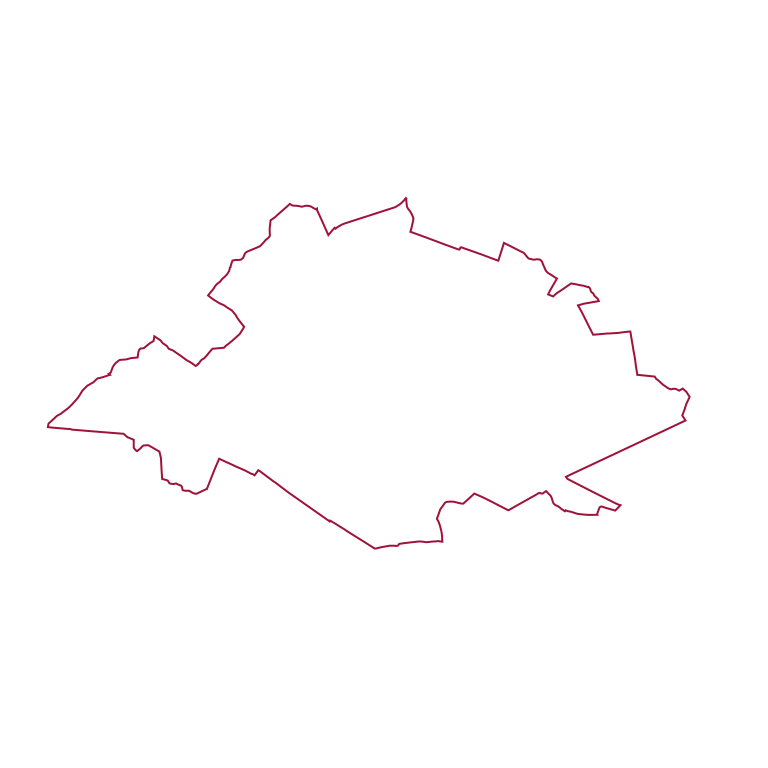 Sannicolau Roman, Bihor, Romania, rotated 24°
{"feature_id": "2599482B50949816567850", "entity_name": "Sannicolau Roman", "entity_type": "district", "adm_level": 2, "iso_a3": "ROU", "parent_name": "Romania", "parent_adm1": "Bihor", "projection": "equal_earth", "projection_center": [21.725, 46.968], "detail": "fine", "context": "isolated", "style": "outline", "palette": "rose", "viewbox_px": 768, "rotation_deg": 24, "n_neighbors": 0, "source": "geoboundaries", "source_scale": "gbopen_adm2", "svg_char_len": 6134}
<svg xmlns="http://www.w3.org/2000/svg" viewBox="0 0 768 768"><g transform="rotate(24 384 384)"><path d="M501.5,504.3L500.5,502.6L499.3,500.1L497.8,497.4L495.7,494.4L494.2,492.5L492.9,490.9L490.2,487.9L487.5,485.9L487.5,485.6L487.1,485.4L487.0,484.6L487.0,482.9L486.4,475.4L487.5,470.5L487.8,468.4L488.1,467.6L488.5,467.0L489.0,466.4L489.7,465.9L490.4,465.5L491.6,464.9L493.2,464.1L494.7,463.5L496.1,463.1L501.6,462.1L503.1,461.8L504.5,461.3L505.1,461.0L508.7,452.9L511.0,447.4L519.8,447.3L529.3,447.7L548.9,448.8L550.4,446.9L555.1,440.5L567.5,423.9L570.0,420.4L570.7,420.1L572.1,420.1L573.1,419.8L573.5,419.4L575.6,415.9L578.3,417.0L581.4,418.3L582.2,418.7L582.6,419.0L583.6,420.0L586.3,423.1L587.6,424.2L588.6,424.6L590.0,424.9L593.4,425.0L597.4,426.1L601.0,426.7L601.2,425.5L602.3,425.5L603.7,425.4L606.5,424.7L609.3,424.4L612.1,424.1L614.0,423.8L616.0,423.2L623.4,420.7L632.1,416.7L631.7,416.3L631.5,415.4L631.2,410.2L631.3,408.8L631.4,408.4L631.9,407.9L632.5,407.5L633.0,407.3L633.4,407.3L635.0,407.2L646.7,405.6L649.3,398.5L648.9,398.5L648.3,398.7L646.8,398.8L643.1,398.8L615.5,397.5L590.3,396.1L588.0,394.8L592.3,389.7L638.8,335.9L674.3,294.7L669.3,291.4L669.0,285.6L668.3,279.3L668.5,271.5L663.6,268.3L663.3,268.1L658.7,266.7L656.4,270.0L652.7,269.8L651.5,270.1L649.8,271.0L648.6,272.0L646.0,272.4L639.3,271.2L638.5,270.9L632.3,268.9L630.5,268.6L629.0,267.6L628.3,267.1L611.6,272.6L611.3,271.9L606.6,264.8L602.7,258.3L598.8,252.7L587.7,235.9L586.7,236.3L584.7,237.5L580.7,239.9L579.3,240.8L576.9,242.2L568.9,246.4L567.7,246.9L557.3,252.7L555.0,253.9L548.3,248.5L537.8,239.8L534.9,237.5L531.5,234.9L529.8,233.8L529.2,233.3L530.9,231.9L533.7,229.5L535.8,228.1L546.5,220.9L545.8,220.2L544.9,219.4L544.2,219.1L542.0,218.4L540.8,218.0L540.2,217.7L538.8,216.5L538.0,216.1L537.4,215.9L536.4,215.8L535.6,215.4L534.9,214.7L534.4,214.1L533.5,213.1L532.6,212.5L531.4,212.1L530.8,212.6L527.6,212.9L526.2,213.1L524.0,213.7L516.8,215.3L514.0,216.1L509.5,223.5L506.9,227.7L504.8,230.8L503.5,233.7L503.0,235.2L497.5,235.4L497.6,231.5L499.1,217.3L497.9,217.3L493.2,216.4L489.8,216.0L488.3,215.7L487.1,215.3L486.0,214.8L485.0,214.0L481.7,211.0L479.4,208.8L478.6,208.0L477.7,207.5L476.9,207.2L476.2,206.9L475.7,207.0L475.1,207.1L473.6,207.6L472.9,207.9L471.9,208.5L471.3,208.9L470.5,209.4L469.6,209.7L466.6,210.3L465.3,210.5L464.4,210.3L463.5,209.9L461.9,209.1L458.6,207.4L436.2,206.3L438.3,224.9L430.9,225.4L421.6,225.9L406.4,227.1L399.2,227.7L398.8,227.8L398.5,228.0L398.3,228.3L398.3,228.9L398.3,229.8L398.3,230.3L398.1,230.6L396.3,230.9L378.4,232.1L374.8,232.3L368.3,232.7L363.1,233.0L346.2,234.2L345.6,229.9L345.1,227.5L344.3,223.6L343.8,221.5L343.4,220.6L343.2,220.6L342.2,219.3L339.3,216.8L337.2,215.4L334.5,214.0L333.3,213.0L332.7,212.4L331.0,209.5L329.5,206.9L329.0,205.4L328.4,205.2L327.4,208.7L325.9,212.4L324.4,214.9L322.3,217.9L282.5,253.6L280.5,255.7L277.8,259.5L276.6,261.8L275.4,261.3L274.3,264.6L272.6,270.6L260.0,259.3L252.4,252.6L251.5,251.1L251.1,252.1L248.4,252.0L245.4,251.6L244.1,251.6L242.8,252.0L241.8,252.3L240.7,252.6L239.6,253.3L237.6,254.9L236.8,255.5L233.0,256.3L227.7,258.2L224.7,257.8L222.8,262.3L219.0,270.4L216.5,276.1L213.8,280.6L216.4,288.7L219.5,295.1L219.0,297.4L217.2,300.8L216.6,303.2L215.0,307.8L214.4,308.9L209.1,314.6L205.5,318.3L204.2,320.3L204.0,321.2L203.9,321.8L204.0,325.5L203.7,326.7L203.3,327.5L202.6,328.7L202.0,329.1L200.3,330.0L197.8,331.1L196.3,332.2L195.4,332.9L195.6,336.0L195.7,336.7L195.9,338.3L196.3,339.8L195.9,340.4L196.6,343.8L196.0,347.6L195.0,350.5L193.4,354.0L192.6,357.3L190.9,360.3L190.5,361.2L189.9,363.5L189.5,366.4L189.1,368.1L188.0,371.6L187.3,374.7L193.2,376.1L195.2,376.4L197.4,376.7L200.2,377.1L202.4,377.2L205.3,377.1L210.2,378.0L215.2,378.7L220.6,381.4L222.6,382.9L223.5,383.5L226.2,385.1L230.2,387.2L231.8,388.1L232.9,388.5L232.8,390.8L231.9,396.9L230.4,400.3L227.9,405.9L225.2,411.3L224.2,412.9L223.0,416.0L212.9,421.6L211.6,425.9L210.4,430.4L209.7,432.6L209.0,434.1L207.9,435.6L207.3,436.7L206.3,440.9L206.1,441.6L205.7,441.6L205.4,443.1L204.9,443.8L204.4,444.1L203.9,444.0L200.5,443.2L194.1,442.5L189.0,441.4L177.6,439.2L173.0,439.4L170.2,437.6L165.3,436.7L162.0,435.0L154.8,433.8L156.0,438.5L153.5,442.0L150.0,448.9L148.9,449.7L147.7,450.3L146.9,451.0L146.6,451.8L146.5,452.5L146.5,453.3L146.7,454.8L146.9,455.7L148.1,460.0L142.1,463.4L141.7,463.8L138.5,466.4L132.8,469.5L132.1,470.6L130.4,473.8L129.7,476.2L129.3,478.8L129.7,484.8L129.6,485.2L128.4,486.6L129.9,487.2L128.7,488.1L127.7,489.1L123.9,492.5L122.3,493.8L120.6,495.0L120.1,495.4L119.3,496.9L117.9,500.5L113.6,506.3L111.2,512.7L110.4,518.6L109.8,521.8L108.7,525.2L107.2,529.8L105.9,533.2L104.7,535.6L102.6,539.4L100.8,542.7L100.2,543.5L98.8,545.3L98.0,546.5L95.5,552.5L93.8,556.2L93.7,557.0L94.5,560.1L98.9,558.7L113.0,553.8L115.5,552.8L117.5,552.6L133.8,546.9L166.4,535.4L171.1,536.9L175.7,536.8L178.1,536.8L180.0,541.2L181.3,544.0L181.9,544.4L183.9,545.3L185.1,545.8L185.4,545.8L185.8,545.7L186.3,544.6L187.3,542.7L187.7,541.8L188.4,539.7L188.8,538.7L189.2,538.1L192.3,536.4L193.6,535.8L194.1,535.8L203.5,536.8L205.8,537.0L206.4,537.2L207.7,538.9L210.3,542.3L215.8,553.1L219.1,559.3L220.0,561.0L224.1,560.3L225.7,560.2L226.1,560.4L228.1,561.8L228.7,561.9L229.5,561.9L232.4,561.0L233.0,560.6L234.5,559.4L237.2,559.6L238.0,559.5L238.6,559.4L239.0,559.5L240.0,559.4L240.4,559.6L241.0,560.0L241.6,560.7L242.3,561.6L242.9,562.5L243.3,562.8L243.9,562.8L245.1,562.5L246.5,562.1L247.5,561.7L248.5,561.1L249.5,560.8L250.4,560.9L253.4,561.3L254.0,561.3L255.0,561.2L256.5,560.9L257.0,560.7L257.4,560.5L258.8,558.9L264.5,552.2L264.9,552.1L264.0,531.7L263.8,519.3L273.2,519.5L273.7,519.4L282.2,519.6L291.8,519.5L299.5,520.0L300.7,519.7L302.9,520.1L304.2,513.9L306.4,514.2L323.1,518.0L324.3,518.1L340.0,521.8L389.6,531.5L390.3,531.6L390.3,530.7L396.4,531.4L401.3,532.1L406.4,532.8L411.6,533.7L418.7,534.7L431.0,536.4L437.7,537.4L442.3,538.1L443.4,537.7L447.6,534.4L453.7,530.3L455.4,529.2L458.9,527.7L460.8,527.0L462.0,526.4L462.5,525.9L463.0,523.8L468.3,520.5L479.0,514.2L481.6,512.9L487.3,511.2L492.4,508.2L496.5,506.1L497.0,505.6L500.7,504.6L501.5,504.3Z" fill="none" stroke="#9f1239" stroke-width="2"/></g></svg>